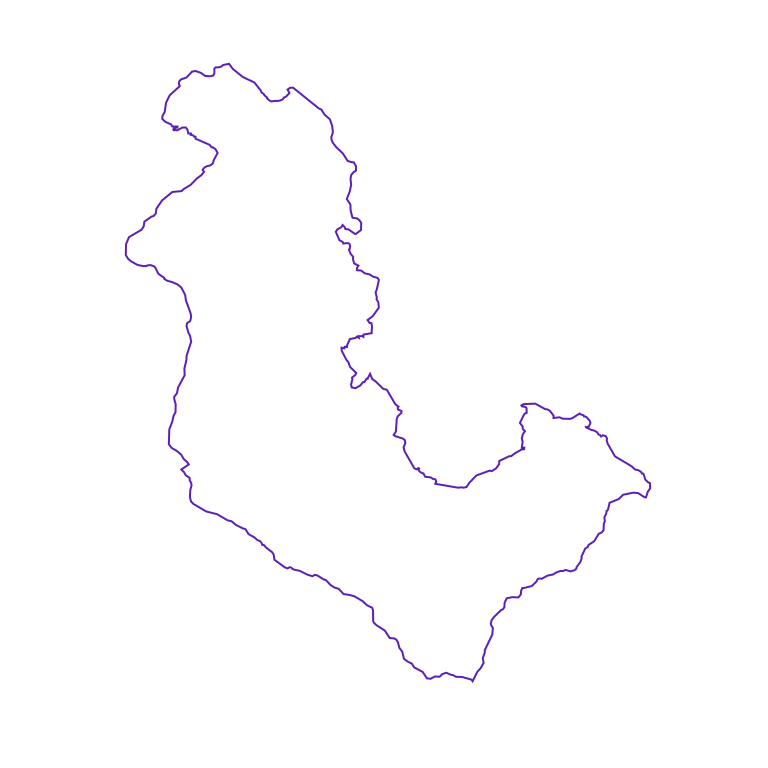 the district of Bulz, Bihor, Romania, rotated 103°
{"feature_id": "2599482B85347677454523", "entity_name": "Bulz", "entity_type": "district", "adm_level": 2, "iso_a3": "ROU", "parent_name": "Romania", "parent_adm1": "Bihor", "projection": "mercator", "projection_center": [22.68, 46.864], "detail": "fine", "context": "isolated", "style": "outline", "palette": "violet", "viewbox_px": 768, "rotation_deg": 103, "n_neighbors": 0, "source": "geoboundaries", "source_scale": "gbopen_adm2", "svg_char_len": 6166}
<svg xmlns="http://www.w3.org/2000/svg" viewBox="0 0 768 768"><g transform="rotate(103 384 384)"><path d="M175.6,659.7L177.8,655.9L178.9,649.9L180.7,648.2L179.6,643.1L180.5,643.0L182.4,646.4L183.6,646.5L184.1,645.6L183.4,644.5L183.4,642.6L179.5,638.2L178.7,634.7L180.5,632.7L183.9,631.1L183.4,628.4L184.7,628.4L184.7,625.8L185.8,624.4L185.5,623.3L187.4,622.7L190.2,607.7L192.1,605.3L191.9,604.2L193.0,601.1L196.3,598.1L204.0,600.2L207.9,600.5L210.4,602.9L211.2,604.9L213.0,607.2L214.8,608.4L216.1,608.9L217.8,607.1L221.5,608.9L225.9,612.6L233.6,617.3L239.1,623.0L241.6,624.7L244.5,633.4L255.0,641.5L264.4,645.2L269.2,644.7L272.2,646.3L273.1,648.1L279.7,654.0L284.6,653.6L288.3,655.0L298.2,665.5L305.8,666.8L316.5,664.6L319.7,661.3L321.4,657.9L323.4,651.1L323.3,645.1L322.5,641.9L321.8,641.5L320.7,638.5L321.0,634.6L322.4,632.7L327.4,628.6L330.1,621.8L331.1,621.6L332.2,618.3L332.3,613.3L333.5,607.4L335.5,603.3L341.9,597.8L347.1,595.8L358.5,588.4L361.7,587.1L365.3,586.9L366.6,587.2L368.9,589.5L371.9,589.5L378.5,585.8L380.5,583.9L386.1,581.4L401.0,582.7L405.1,581.9L413.7,582.0L420.3,580.2L433.8,583.9L439.5,583.6L443.6,585.5L445.6,585.1L450.7,582.4L458.4,580.8L462.3,581.9L468.1,581.8L476.5,583.0L491.1,580.1L494.0,576.6L495.8,570.9L498.3,565.9L502.4,562.0L504.1,558.6L506.3,556.1L512.9,562.3L514.9,559.0L517.5,556.7L519.2,552.3L521.7,551.6L523.6,549.7L526.2,548.7L530.6,548.9L537.4,547.8L541.7,545.8L543.8,542.6L548.2,528.5L548.4,517.3L552.0,505.8L552.0,501.7L554.6,496.7L556.4,489.2L556.6,486.3L560.7,482.3L562.7,475.5L564.4,472.6L565.1,469.2L566.4,467.5L568.1,466.5L567.9,464.9L569.9,462.1L573.1,455.1L575.1,453.1L579.9,451.2L585.0,439.4L585.4,436.5L583.7,434.7L583.8,432.9L584.6,431.8L585.1,429.9L585.0,424.1L587.0,415.7L587.4,410.5L585.5,408.5L585.5,406.0L587.9,399.1L588.2,396.4L591.8,391.0L593.4,386.7L593.8,382.0L597.8,376.1L597.3,370.6L597.5,365.1L600.5,355.7L603.4,350.8L604.7,345.2L606.9,343.8L617.6,341.2L618.9,340.1L620.7,337.1L624.1,327.7L630.2,321.3L629.6,316.8L630.3,314.5L632.4,312.4L637.7,309.6L640.7,306.0L647.3,302.7L649.1,298.6L650.2,294.0L653.3,290.9L655.9,281.5L661.1,276.0L660.8,272.4L657.5,268.5L656.7,263.9L653.6,262.0L651.3,258.3L652.2,254.0L652.2,250.7L653.1,248.2L651.9,241.6L652.4,232.3L653.7,230.8L643.4,228.3L639.2,225.9L633.3,224.2L629.0,226.1L623.0,225.4L620.7,225.9L603.7,222.1L597.1,223.1L595.2,225.1L593.3,226.1L590.0,226.0L586.2,224.4L578.0,219.1L576.9,217.6L574.4,216.5L569.9,217.3L565.2,216.2L562.9,211.3L561.7,205.0L558.1,203.3L554.6,203.9L551.6,203.3L551.5,202.1L547.6,194.5L542.1,191.0L539.3,190.3L538.5,188.5L538.3,186.5L533.9,181.5L531.5,176.3L528.9,173.8L526.5,170.1L526.0,167.5L524.3,165.2L524.6,160.0L522.7,156.7L520.8,155.1L518.9,155.1L513.2,152.6L509.5,152.2L507.8,152.8L499.1,150.9L496.9,148.8L494.8,148.5L490.0,143.9L481.5,141.0L479.8,138.6L477.1,137.2L470.5,138.4L468.2,137.9L464.2,139.3L460.4,138.3L457.6,138.6L457.0,137.8L455.3,137.5L449.0,137.5L443.2,129.3L438.1,126.1L433.8,116.6L433.1,111.9L435.7,104.8L435.6,103.3L429.6,102.7L425.7,101.2L420.7,102.6L420.3,104.7L418.4,107.8L413.3,110.9L412.9,111.5L413.2,112.6L411.8,113.8L410.7,117.2L410.9,120.0L408.4,124.4L402.6,142.6L392.0,152.5L389.0,154.3L387.0,154.4L384.9,156.2L384.7,159.1L386.3,160.7L385.2,161.9L384.9,163.7L383.1,165.4L382.1,168.6L382.1,171.6L380.8,177.4L380.5,177.6L379.4,174.8L375.4,174.1L373.5,175.4L370.8,179.0L370.4,181.0L370.7,181.7L369.6,182.6L369.2,186.4L368.8,186.8L374.9,192.8L376.1,194.8L377.6,202.0L377.0,205.7L379.0,211.2L376.6,211.7L372.8,216.4L372.0,219.0L372.2,221.4L369.1,232.2L372.2,243.4L374.0,245.3L374.8,244.4L374.5,242.0L375.0,240.2L375.7,239.6L380.1,238.5L380.8,239.8L382.3,240.7L391.4,242.8L394.3,239.3L396.6,238.7L398.2,236.0L401.6,237.4L406.1,237.5L409.1,235.9L415.0,235.4L414.4,233.0L416.1,232.8L416.7,235.0L421.9,240.7L425.8,244.0L426.1,245.6L433.1,254.4L436.2,253.8L441.0,255.8L444.7,259.4L444.6,261.5L452.3,273.4L461.0,278.6L465.8,280.4L467.1,283.1L467.3,285.5L468.4,288.6L469.7,311.6L467.4,311.1L465.3,312.5L465.5,314.7L464.5,317.5L465.1,323.1L462.2,325.5L462.3,326.8L461.5,329.2L460.1,331.0L458.4,330.8L458.2,331.6L459.8,333.2L459.4,335.4L445.1,348.7L441.3,350.7L436.7,349.9L434.1,351.0L432.9,353.3L432.3,361.2L431.5,363.1L427.6,361.7L415.4,363.7L412.5,363.4L408.3,360.6L406.4,360.8L405.6,364.8L403.3,365.4L402.8,364.9L401.0,368.6L389.0,379.9L388.9,383.7L383.3,392.8L381.9,396.5L377.2,399.9L382.6,401.2L382.6,402.1L386.6,403.6L386.9,404.9L390.8,406.8L394.5,410.9L394.6,414.7L391.7,416.0L386.7,415.8L385.0,416.6L381.6,414.0L379.5,413.5L375.1,420.8L370.7,423.7L368.9,426.1L361.0,432.8L358.2,433.5L358.2,430.6L356.6,430.7L356.3,428.4L355.0,428.7L347.9,427.4L345.4,421.9L344.1,421.2L344.7,418.9L343.1,419.7L342.2,415.9L342.7,414.7L340.4,415.1L337.3,407.5L330.4,408.7L327.5,410.0L327.8,411.7L325.4,414.4L320.3,410.2L310.8,406.2L305.5,408.0L303.2,410.3L301.5,410.4L296.6,412.8L293.4,412.3L283.8,412.4L282.1,414.0L281.8,418.9L280.5,422.5L280.5,427.6L278.6,431.8L279.2,436.0L277.0,436.4L274.4,435.5L273.2,440.2L269.4,442.3L267.1,442.6L264.6,445.9L260.9,448.4L260.0,447.8L256.7,448.2L255.1,449.3L254.8,450.8L256.3,455.3L254.9,456.2L253.9,459.8L246.5,465.2L244.0,464.3L240.7,460.8L238.4,460.1L239.8,457.8L241.7,456.4L241.3,453.6L244.3,446.0L244.1,445.2L239.1,441.0L232.1,442.5L229.9,444.9L228.7,447.5L229.1,451.5L228.8,452.3L222.3,455.6L216.7,457.1L212.1,461.9L204.4,460.7L197.4,460.8L191.5,462.8L187.9,463.0L184.6,461.4L182.4,459.3L178.1,460.3L174.8,463.3L175.2,465.8L174.8,469.6L168.6,476.0L163.9,483.9L160.4,488.2L158.1,489.9L155.3,490.9L151.3,490.4L148.6,490.9L143.8,492.8L138.2,496.3L134.9,502.5L130.7,506.8L130.1,509.6L115.7,539.3L116.6,542.3L118.8,544.2L121.8,541.6L126.2,544.2L127.5,546.0L129.4,546.7L131.1,548.8L132.5,552.2L132.4,553.1L134.0,557.3L133.8,558.5L132.2,562.1L131.2,562.3L129.5,565.6L128.4,566.4L127.6,568.8L125.5,570.4L119.4,578.1L116.6,590.7L111.0,602.2L106.9,607.0L109.3,612.4L111.4,614.1L112.6,616.3L113.5,619.4L114.8,620.2L119.4,619.2L121.9,619.8L123.3,622.7L124.1,627.6L122.1,632.1L121.4,637.9L122.8,641.3L129.9,645.5L132.7,650.1L135.1,651.6L137.6,651.5L139.7,650.0L150.8,657.7L154.7,658.7L159.0,659.6L168.3,658.9L172.5,660.1L175.6,659.7Z" fill="none" stroke="#5b21b6" stroke-width="2"/></g></svg>